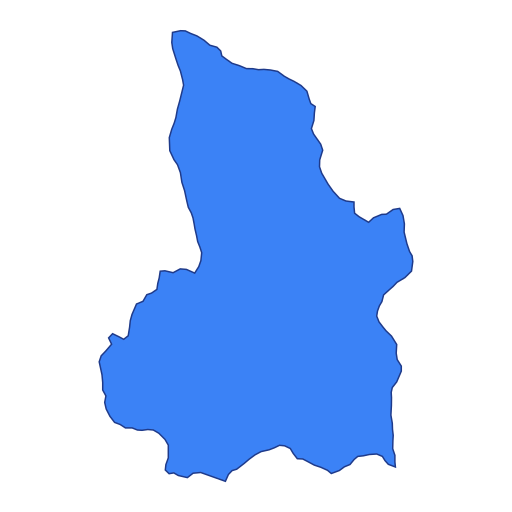 Jales, São Paulo, Brazil (orthographic projection)
{"feature_id": "56859067B36023538882283", "entity_name": "Jales", "entity_type": "district", "adm_level": 2, "iso_a3": "BRA", "parent_name": "Brazil", "parent_adm1": "São Paulo", "projection": "orthographic", "projection_center": [-50.554, -20.265], "detail": "fine", "context": "isolated", "style": "filled", "palette": "blue", "viewbox_px": 512, "rotation_deg": 0, "n_neighbors": 0, "source": "geoboundaries", "source_scale": "gbopen_adm2", "svg_char_len": 2583}
<svg xmlns="http://www.w3.org/2000/svg" viewBox="0 0 512 512"><path d="M225.4,481.3L228.4,474.5L232.1,470.6L236.7,469.2L244.2,463.4L249.4,459.0L255.1,454.8L261.1,451.6L269.1,449.8L274.3,447.8L279.5,445.3L284.6,445.8L290.3,448.5L293.2,453.4L297.3,458.7L302.8,459.0L307.8,461.6L314.3,465.1L320.9,467.3L327.5,470.3L331.3,473.5L339.4,470.5L344.4,466.8L350.0,464.5L354.2,459.4L357.8,456.4L363.3,455.8L369.3,454.5L376.7,454.0L382.4,456.4L385.0,460.6L388.3,464.3L395.4,467.0L394.9,461.9L394.9,455.3L392.7,448.7L392.9,440.6L393.2,435.4L392.5,429.3L392.3,423.3L390.9,415.1L391.4,405.6L391.5,397.7L391.2,392.4L392.3,387.5L396.7,381.9L399.4,375.6L401.3,371.1L401.3,366.1L397.2,359.6L396.2,353.2L396.7,344.5L391.5,336.1L385.9,330.7L382.9,327.0L379.0,321.9L376.7,316.1L377.5,311.0L379.4,305.8L381.9,301.6L383.6,294.9L388.8,290.2L393.2,286.3L397.0,282.3L404.9,277.6L411.5,271.1L412.8,261.5L412.1,255.8L409.6,251.6L406.9,243.7L404.1,232.1L404.4,223.9L403.0,215.6L399.7,208.4L393.1,209.5L386.4,214.2L381.7,214.4L373.5,217.8L368.6,222.3L359.2,216.8L354.6,213.2L354.0,207.0L354.0,202.0L345.9,201.0L339.5,198.3L333.1,191.3L328.1,184.2L321.7,173.2L319.5,166.8L319.7,159.9L322.7,150.2L320.7,144.2L313.6,134.1L311.4,128.6L313.9,120.5L314.4,112.8L315.2,106.5L310.8,103.6L309.2,99.1L306.9,91.2L301.0,85.5L293.9,81.3L288.7,78.8L284.2,76.2L277.7,71.4L270.4,70.0L263.9,69.4L258.5,69.7L252.8,68.7L246.4,68.6L239.5,65.7L232.0,63.3L225.8,58.9L221.8,55.9L220.7,51.0L216.9,47.2L209.8,45.2L204.1,40.3L196.9,35.9L190.5,33.4L185.3,30.9L180.6,30.7L172.5,32.4L171.8,42.5L172.7,48.6L175.9,58.8L178.1,65.4L180.4,71.0L182.6,79.6L183.6,85.2L179.7,101.0L177.4,109.2L175.9,117.6L174.2,123.1L171.7,129.4L169.3,137.6L169.8,150.7L174.0,159.7L177.5,164.7L180.4,172.6L181.9,182.3L184.6,190.7L186.8,201.0L188.3,207.3L191.3,212.9L193.0,217.9L194.2,224.2L195.0,229.0L196.5,235.4L197.7,241.6L199.9,247.1L201.7,252.7L200.9,260.6L198.8,266.6L194.7,273.1L186.4,269.4L180.2,268.9L173.1,272.7L164.9,270.8L160.2,271.2L159.2,277.9L157.8,283.3L156.9,289.4L151.5,293.1L146.8,294.7L143.0,301.3L136.5,304.0L132.0,314.5L130.3,320.6L129.6,327.2L128.2,335.8L123.7,339.3L119.0,336.8L112.6,333.7L108.6,337.9L111.6,344.2L105.7,351.1L101.2,355.8L99.2,361.8L102.0,374.8L102.7,382.5L102.7,390.0L105.9,395.9L104.7,402.5L106.2,409.0L110.0,416.4L114.6,422.4L120.2,424.5L125.4,427.9L132.1,427.9L137.4,430.0L142.0,430.3L147.8,429.5L153.3,430.0L158.8,433.2L165.0,439.4L168.3,445.1L168.3,457.9L165.9,464.6L165.3,470.0L169.1,473.7L173.8,472.9L178.3,475.5L187.4,477.6L193.1,473.2L200.7,472.5L225.4,481.3Z" fill="#3b82f6" stroke="#1e3a8a" stroke-width="1.5"/></svg>